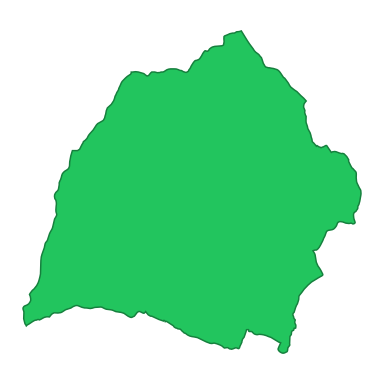 Socorro, Santander, Colombia
{"feature_id": "7082276B29346978372960", "entity_name": "Socorro", "entity_type": "district", "adm_level": 2, "iso_a3": "COL", "parent_name": "Colombia", "parent_adm1": "Santander", "projection": "robinson", "projection_center": [-73.239, 6.466], "detail": "fine", "context": "isolated", "style": "filled", "palette": "green", "viewbox_px": 384, "rotation_deg": 0, "n_neighbors": 0, "source": "geoboundaries", "source_scale": "gbopen_adm2", "svg_char_len": 5901}
<svg xmlns="http://www.w3.org/2000/svg" viewBox="0 0 384 384"><path d="M131.2,72.1L131.2,73.2L130.5,74.3L127.3,76.4L125.4,78.1L122.2,81.4L121.2,83.1L120.2,85.5L118.9,88.2L118.3,90.2L116.9,92.4L115.8,95.0L115.1,96.2L114.5,98.5L113.7,100.7L111.3,104.4L107.4,107.9L106.3,110.7L105.7,114.1L105.2,115.6L104.6,118.0L103.5,120.1L102.7,120.8L97.7,123.6L96.4,125.0L93.1,130.1L90.3,133.2L89.2,134.5L88.5,135.5L87.0,138.4L85.2,140.3L84.2,141.0L83.3,141.8L83.1,142.7L81.9,144.7L79.6,149.3L77.5,150.6L72.4,150.6L70.8,155.9L69.7,161.9L69.5,166.2L68.9,167.8L68.3,168.8L66.9,169.9L64.5,171.4L63.5,172.4L62.5,173.6L61.8,175.3L61.3,177.4L60.6,179.6L59.8,181.1L59.2,182.8L59.2,184.9L58.4,189.4L57.7,190.6L55.9,192.4L55.2,193.5L54.6,194.9L54.5,196.7L54.9,198.7L55.9,200.2L56.3,202.2L56.4,204.0L56.1,206.9L55.9,209.7L56.0,211.8L56.7,214.1L56.7,215.0L56.2,216.3L54.6,219.0L52.6,227.5L52.0,229.1L50.5,231.7L49.6,233.5L47.6,239.7L47.2,240.7L45.6,242.7L45.1,243.9L44.3,247.8L42.0,254.3L41.3,256.8L40.9,260.5L40.5,273.9L40.0,276.5L39.0,280.4L38.2,282.7L36.7,285.6L33.9,289.1L32.4,290.3L30.2,293.2L29.5,294.5L30.3,296.4L30.7,298.8L30.7,300.5L30.1,301.8L28.8,303.8L27.0,305.0L24.4,306.1L23.7,306.8L23.1,307.8L23.0,308.9L23.9,311.8L23.9,313.1L23.7,318.7L24.8,323.1L25.2,324.1L25.9,325.0L26.3,325.9L27.3,324.9L29.0,324.0L32.4,321.7L34.1,320.7L35.2,320.2L36.3,320.1L37.9,319.5L38.4,319.5L39.4,319.9L40.8,319.3L42.9,318.1L44.5,317.3L46.7,316.8L48.5,316.8L49.2,317.0L49.5,316.9L50.7,315.3L52.3,313.7L54.2,312.8L57.9,313.0L60.8,312.6L62.1,312.0L65.6,309.7L70.9,308.0L72.9,306.7L75.0,305.8L76.2,305.5L77.8,305.6L82.0,307.3L84.5,307.9L86.9,308.0L90.2,308.5L92.1,308.2L94.8,307.4L100.7,307.0L101.9,307.2L104.7,308.6L106.2,309.2L111.0,309.8L112.6,310.2L115.8,311.6L121.2,312.4L124.0,313.3L128.1,316.2L130.4,317.3L131.7,317.4L134.4,316.1L137.3,312.3L138.8,311.5L140.0,311.6L143.3,313.2L144.3,313.1L145.1,312.4L145.6,311.6L148.2,314.8L150.4,316.1L151.8,316.2L159.0,319.5L163.4,321.0L163.6,320.5L164.0,320.4L164.6,320.6L165.0,321.2L165.2,321.7L166.6,321.4L173.4,325.8L174.0,326.8L175.5,327.9L176.6,328.1L177.8,328.8L179.8,329.1L180.5,329.3L181.8,330.8L183.3,332.1L184.2,333.0L185.4,333.3L187.5,334.9L189.7,336.0L192.0,336.6L194.1,336.9L197.5,337.6L206.3,341.9L210.1,343.3L211.9,343.5L213.3,343.2L214.4,343.1L217.2,343.9L220.3,345.1L222.1,346.1L223.9,347.7L224.5,348.0L227.1,347.6L228.1,347.8L229.5,348.8L231.7,349.2L233.3,348.7L235.6,347.8L236.6,347.9L238.0,348.5L238.7,348.6L239.5,347.8L239.9,346.4L241.8,342.4L242.0,341.0L242.6,339.1L244.1,337.2L246.0,331.7L246.5,329.7L248.4,329.6L248.6,329.8L248.7,331.1L249.2,331.5L251.2,331.5L251.9,331.7L253.7,333.5L254.7,334.1L255.9,334.5L257.1,334.7L259.2,334.3L261.6,334.5L263.5,334.8L266.3,335.6L268.4,336.5L271.0,337.4L278.8,342.1L280.7,342.8L278.6,347.5L278.1,348.9L278.2,349.8L279.4,351.5L281.3,352.7L282.5,353.1L283.9,353.1L285.0,352.7L287.0,351.7L287.5,350.8L287.9,347.7L289.5,345.6L289.8,345.0L289.6,343.7L289.9,336.6L290.1,336.1L290.6,335.6L291.3,334.5L291.6,331.8L292.3,330.8L292.7,330.5L293.4,330.4L293.7,330.0L294.2,328.2L295.4,328.2L295.7,328.0L295.9,325.9L295.7,324.7L295.0,323.5L294.8,322.5L294.8,321.7L295.2,320.1L295.1,319.7L294.0,318.5L293.5,316.4L292.9,315.1L293.0,313.7L293.4,313.0L294.1,312.3L295.7,307.2L296.6,305.1L297.4,303.8L298.7,299.6L298.9,296.3L299.6,295.1L301.8,292.4L304.1,289.2L308.1,285.0L311.5,282.0L318.5,277.7L321.4,276.1L322.5,275.4L322.8,274.8L322.7,274.1L320.9,270.5L319.9,268.8L317.9,265.9L316.3,262.2L315.1,254.9L314.6,253.5L313.2,251.2L313.0,250.7L314.7,250.1L316.5,250.0L317.7,249.1L319.2,247.3L320.5,245.1L322.7,240.8L323.8,238.0L324.6,236.6L325.1,235.4L326.2,232.3L326.7,231.4L327.5,230.7L328.6,230.3L332.1,229.7L333.5,229.1L334.3,228.5L335.4,227.3L336.5,225.7L337.0,224.3L337.7,222.7L338.7,221.9L340.0,221.6L341.2,221.7L342.9,222.0L345.8,223.1L349.0,223.5L350.2,223.3L350.8,223.1L351.4,223.2L352.8,223.9L353.8,223.8L354.7,223.3L355.1,222.6L354.9,221.6L354.0,219.1L353.7,217.5L353.5,215.1L353.6,213.9L354.1,212.7L355.2,211.8L355.9,211.4L356.4,210.5L357.6,208.8L357.8,208.1L357.8,206.6L358.2,205.6L358.8,204.7L359.8,201.1L360.9,194.8L361.0,193.5L360.8,190.7L360.5,189.8L359.3,187.8L357.1,183.2L356.7,182.1L356.5,181.1L356.2,177.7L356.3,174.2L356.2,172.9L355.7,171.6L354.4,170.3L353.1,168.8L351.8,167.7L350.5,165.3L348.8,161.8L348.6,160.7L348.7,159.8L346.8,156.6L344.0,153.8L342.6,153.4L341.5,153.6L339.7,153.1L336.2,151.8L334.8,151.5L332.6,151.8L331.7,152.1L331.3,152.4L326.7,145.6L326.3,145.5L325.6,145.6L323.3,146.9L322.7,147.0L321.0,147.7L320.1,147.2L319.0,146.9L317.0,145.6L316.4,146.2L313.9,143.2L312.3,141.7L311.9,139.1L311.1,136.7L311.0,135.8L310.2,133.0L307.8,128.5L307.4,126.4L306.1,122.6L306.0,120.8L306.1,116.3L305.5,115.2L304.7,112.7L304.9,110.4L303.6,107.2L303.7,105.5L304.1,103.8L305.2,102.2L306.2,101.0L303.7,98.2L300.7,95.5L296.9,91.6L294.6,90.1L290.8,87.1L289.5,85.3L288.4,83.2L285.7,79.5L284.5,78.0L283.6,77.6L280.4,72.8L279.4,71.5L278.4,70.5L277.0,69.6L273.4,68.5L270.9,68.1L269.5,67.8L268.4,67.8L265.5,66.9L265.1,66.4L263.3,63.3L262.2,59.8L261.4,57.6L260.2,56.4L259.3,55.1L258.3,54.1L255.7,52.2L254.3,50.7L253.2,48.9L249.4,43.8L247.4,40.8L241.3,30.9L240.2,31.3L238.9,31.6L236.6,31.8L234.4,33.1L232.6,33.1L229.8,33.7L227.9,34.6L224.5,36.0L224.0,36.6L223.9,38.8L224.1,41.8L223.5,44.9L223.1,45.3L221.8,45.8L214.7,46.4L212.5,47.0L211.3,47.6L209.6,48.9L208.6,50.4L207.6,51.2L207.0,51.3L205.6,50.8L205.0,50.8L203.9,51.9L202.8,53.5L201.5,56.0L199.7,58.7L198.6,59.6L196.4,60.4L195.5,60.5L194.8,60.9L193.5,62.4L191.4,65.7L190.1,68.4L188.9,69.9L188.3,71.3L186.9,72.1L186.2,72.4L185.3,72.3L183.2,71.6L181.6,70.6L179.9,70.4L178.4,69.7L176.3,69.0L174.3,68.9L170.5,68.9L168.9,69.1L167.0,69.7L163.7,71.8L162.0,72.1L161.2,72.0L159.8,72.5L157.4,72.7L154.7,72.0L151.8,72.0L150.6,73.0L148.7,75.4L147.7,75.9L146.8,75.9L145.0,74.6L144.4,74.0L143.5,73.5L138.3,72.0L135.5,71.7L132.1,72.1L131.2,72.1Z" fill="#22c55e" stroke="#15803d" stroke-width="1.5"/></svg>